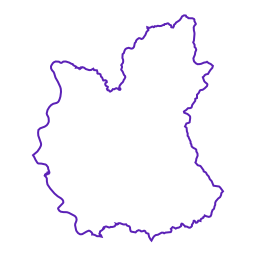 Son Duong, Tuyên Quang, Vietnam
{"feature_id": "81297802B77321226192187", "entity_name": "Son Duong", "entity_type": "district", "adm_level": 2, "iso_a3": "VNM", "parent_name": "Vietnam", "parent_adm1": "Tuyên Quang", "projection": "albers", "projection_center": [105.397, 21.672], "detail": "fine", "context": "isolated", "style": "outline", "palette": "violet", "viewbox_px": 256, "rotation_deg": 0, "n_neighbors": 0, "source": "geoboundaries", "source_scale": "gbopen_adm2", "svg_char_len": 5743}
<svg xmlns="http://www.w3.org/2000/svg" viewBox="0 0 256 256"><path d="M212.3,67.9L212.9,65.9L210.7,64.0L208.6,63.1L207.0,61.8L206.4,62.2L204.0,62.6L201.2,63.8L199.5,64.1L197.6,64.2L196.0,63.4L194.1,61.5L193.7,60.2L193.4,58.3L194.9,54.7L195.3,52.0L196.1,50.3L196.2,49.6L195.6,48.0L194.6,47.0L194.6,44.8L193.2,42.3L193.9,40.7L194.5,33.9L194.4,32.5L193.9,30.4L193.7,27.3L194.4,25.7L195.7,24.3L195.8,23.8L194.4,21.0L194.4,19.7L193.9,18.9L192.4,18.3L188.4,18.2L187.6,17.3L186.3,16.8L185.9,15.6L185.1,15.4L183.9,15.4L182.0,16.5L181.2,18.1L179.8,20.0L178.7,20.9L176.0,22.6L175.4,23.7L174.1,24.7L173.9,26.1L173.2,27.5L171.4,27.3L171.2,27.1L171.3,25.8L171.1,25.4L169.5,24.7L168.4,23.5L168.0,23.4L167.4,23.4L166.0,24.0L164.5,24.1L164.1,25.0L162.9,25.1L161.3,25.9L159.7,26.1L157.8,25.8L156.2,26.4L154.8,26.2L154.2,27.0L153.6,27.2L152.8,26.6L152.2,26.6L150.2,27.6L149.2,27.9L147.3,27.2L147.4,28.3L148.3,29.5L148.4,30.1L146.6,31.8L145.4,34.9L143.1,38.2L142.6,38.6L141.5,39.0L139.7,38.2L138.8,38.2L137.2,39.4L136.2,40.5L135.8,42.0L134.8,43.1L134.1,46.5L133.8,47.2L132.9,48.2L131.9,48.6L131.1,48.6L128.7,47.8L126.5,48.4L125.3,49.3L124.6,50.6L123.8,53.1L122.6,54.2L122.4,58.0L123.1,59.7L123.2,61.3L123.0,62.7L121.3,65.0L121.3,65.4L121.9,66.0L122.0,66.5L122.0,67.4L121.2,69.5L121.4,70.0L122.6,71.5L124.0,74.9L125.1,76.1L125.3,77.2L124.6,78.8L123.8,79.8L123.4,81.0L122.7,82.3L121.5,83.3L119.8,85.5L119.2,87.5L120.3,88.5L120.4,89.4L119.9,89.9L118.7,89.6L118.0,88.8L116.2,88.2L114.1,89.3L112.9,89.1L111.6,90.8L110.1,91.6L109.7,91.4L108.7,90.2L107.6,90.2L106.9,88.9L107.7,87.8L107.8,86.8L106.1,85.9L105.4,84.9L105.2,84.1L105.4,83.2L106.8,82.2L106.7,81.1L106.1,80.5L105.5,80.5L105.2,80.2L103.6,80.5L103.2,80.4L102.1,77.5L101.0,76.6L100.5,74.4L99.5,73.8L97.6,73.6L97.4,73.4L97.4,72.0L96.9,70.3L94.1,70.1L93.3,68.7L91.0,70.0L89.2,70.1L85.7,69.0L84.3,67.8L82.6,67.2L82.2,67.5L81.4,67.3L81.4,67.8L80.0,68.9L79.6,68.1L78.7,68.5L78.2,67.9L76.6,67.6L75.9,67.7L76.2,66.7L73.3,65.2L72.7,64.1L71.4,63.8L69.3,62.6L65.8,61.5L63.3,61.6L61.8,62.7L61.2,62.9L60.4,62.7L58.9,61.7L55.6,61.5L53.8,62.3L52.8,63.2L51.3,65.6L51.0,66.5L51.1,68.5L52.0,70.2L53.6,72.0L54.2,73.3L55.5,77.6L57.9,81.8L60.2,86.8L60.8,88.9L61.0,91.9L60.4,96.6L59.6,99.2L58.7,101.2L58.1,102.0L56.7,102.9L53.2,103.8L51.1,105.1L49.2,107.2L47.5,110.1L46.7,113.4L47.0,114.7L48.1,116.7L48.6,118.1L48.8,121.1L48.6,122.2L47.9,123.7L46.7,125.3L44.6,126.7L40.2,128.3L38.4,130.0L38.1,132.7L38.3,135.6L40.9,143.0L41.1,144.3L40.9,145.7L39.8,148.0L37.4,151.5L33.0,155.2L34.3,157.2L35.4,159.6L37.1,162.4L37.8,163.2L38.6,163.5L41.4,163.6L45.5,164.5L46.3,165.0L48.0,167.2L48.2,168.9L49.2,171.6L49.4,172.8L49.1,173.2L49.0,172.9L48.8,173.1L48.6,172.8L48.8,172.4L48.3,172.1L47.8,172.4L47.9,172.8L47.4,172.6L47.3,172.9L47.7,173.2L46.8,173.6L47.2,174.2L46.8,174.5L46.6,174.1L46.2,174.3L45.9,173.9L45.1,174.5L45.2,174.9L44.7,175.7L46.0,177.0L46.8,178.4L46.9,181.5L47.5,184.5L50.2,188.5L54.5,193.5L57.6,196.2L61.1,198.4L62.5,199.7L63.2,201.0L63.3,202.6L62.7,203.4L58.5,207.7L58.1,208.3L58.3,209.2L59.3,210.7L60.8,211.7L63.4,212.1L66.9,212.2L68.8,212.8L74.7,215.9L75.6,216.8L76.3,217.9L76.6,219.7L76.3,221.1L75.2,223.9L75.1,225.3L76.1,230.1L76.6,231.2L78.1,233.1L79.9,234.2L80.9,234.3L82.3,234.1L86.6,231.6L88.7,230.7L89.4,230.8L90.2,231.2L91.7,232.5L92.2,233.4L92.2,234.5L92.8,234.4L94.9,235.0L97.1,236.2L99.5,236.2L101.6,236.7L101.0,235.2L99.7,234.4L99.4,233.5L99.9,232.8L100.1,231.4L102.0,230.2L103.8,228.7L103.2,228.3L103.8,227.2L104.7,227.1L105.3,226.6L106.3,226.5L109.1,227.5L109.8,227.4L110.6,226.9L112.1,227.0L113.1,226.8L114.7,226.3L115.8,224.5L116.4,224.1L116.2,223.8L116.8,224.0L117.1,224.5L117.9,224.2L117.9,223.9L118.3,223.3L118.7,223.5L119.4,223.2L120.1,223.2L122.9,224.3L124.0,224.5L126.1,224.3L127.1,225.6L129.4,226.4L130.0,227.5L130.2,229.6L130.8,231.3L131.6,231.7L135.6,232.4L136.9,231.0L138.6,230.2L140.2,230.6L141.2,231.4L142.8,231.2L144.0,230.7L144.6,230.8L145.3,231.3L145.6,232.2L146.2,233.0L148.4,233.7L149.1,236.8L150.7,239.7L151.5,240.6L153.3,237.3L154.4,236.0L155.7,235.1L158.0,234.7L161.6,232.7L163.2,232.7L164.1,233.3L165.5,232.6L170.7,232.1L171.1,231.6L171.5,230.2L171.2,229.2L170.9,228.9L172.6,227.1L174.5,227.8L175.7,228.6L177.0,227.9L178.8,227.6L181.0,226.2L181.2,225.7L181.0,224.9L181.5,223.7L181.8,223.6L182.8,224.0L183.2,224.7L184.7,225.8L185.1,226.6L186.2,226.5L187.4,226.8L188.5,227.5L189.9,227.7L191.2,226.9L192.0,225.9L191.9,224.7L192.9,223.4L193.6,221.6L193.7,220.8L194.3,220.7L195.4,221.6L195.8,222.7L196.7,222.7L197.6,222.1L198.2,220.7L198.8,220.6L200.5,221.0L200.5,220.0L201.2,218.8L202.6,218.2L203.3,217.7L203.3,217.1L204.5,216.3L204.7,215.5L206.5,216.3L208.9,216.9L210.5,216.3L211.3,214.7L211.6,212.7L212.5,210.1L213.9,208.9L214.2,208.1L214.5,206.4L215.2,204.9L215.2,202.9L215.8,201.3L218.2,198.5L220.1,197.1L221.1,195.0L221.3,193.2L223.0,191.3L220.1,187.4L219.1,186.5L213.5,185.7L211.7,181.2L209.8,179.1L208.7,176.4L206.9,174.5L206.3,173.1L205.6,172.3L203.7,171.4L203.5,170.2L200.8,166.4L200.2,165.9L197.7,165.2L195.4,162.5L196.1,160.8L196.3,158.9L197.6,155.8L197.5,153.7L196.9,152.3L196.4,151.7L196.2,149.6L195.4,148.9L193.4,147.9L192.1,146.9L191.6,146.2L191.3,144.3L190.6,143.3L190.6,141.8L190.4,141.2L188.9,138.1L188.5,136.8L187.6,135.8L187.7,133.5L186.9,131.4L186.6,128.0L186.5,127.7L185.0,126.5L186.4,123.5L188.8,122.8L189.6,122.3L190.2,118.1L190.1,116.6L189.6,115.8L187.5,114.0L184.2,112.7L183.9,111.6L184.3,111.2L186.2,110.0L188.0,108.2L190.2,108.1L191.4,107.6L191.6,107.3L192.3,104.8L195.2,100.9L195.3,98.8L197.0,98.0L197.0,94.7L198.7,93.0L199.9,90.5L201.0,90.0L202.6,89.8L204.6,88.4L207.0,86.1L207.4,84.6L207.2,83.9L204.8,81.9L204.2,81.1L202.8,77.2L203.8,76.5L204.7,75.2L205.7,74.5L208.1,73.9L208.8,72.5L210.5,69.9L212.3,67.9Z" fill="none" stroke="#5b21b6" stroke-width="2"/></svg>